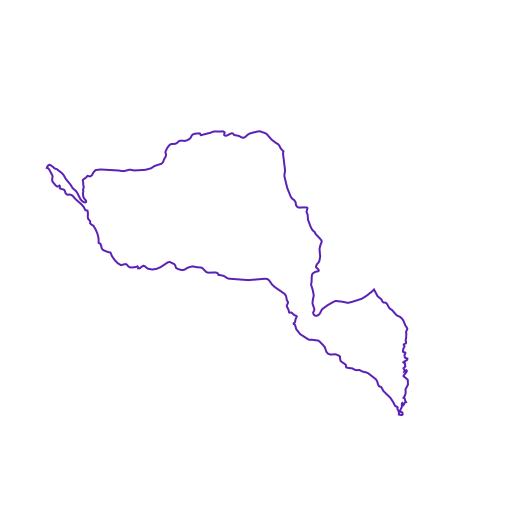 an SVG outline of Barinas, rotated 42°
{"feature_id": "VEN-26", "entity_name": "Barinas", "entity_type": "State", "adm_level": 1, "iso_a3": "VEN", "parent_name": "Venezuela", "parent_adm1": "", "projection": "robinson", "projection_center": [-69.659, 8.155], "detail": "fine", "context": "isolated", "style": "outline", "palette": "violet", "viewbox_px": 512, "rotation_deg": 42, "n_neighbors": 0, "source": "natural_earth", "source_scale": "10m", "svg_char_len": 6089}
<svg xmlns="http://www.w3.org/2000/svg" viewBox="0 0 512 512"><g transform="rotate(42 256 256)"><path d="M419.4,212.8L422.5,216.6L423.4,218.3L425.5,219.9L425.8,220.6L425.2,222.1L425.0,222.9L425.4,223.3L426.6,223.6L427.0,224.0L427.3,225.5L427.8,226.8L428.5,227.9L429.2,228.7L429.9,228.8L431.3,227.9L431.9,228.0L432.2,228.4L432.6,230.3L434.6,231.8L435.4,231.8L436.8,231.0L437.3,231.0L437.8,232.1L437.5,233.4L436.9,234.8L436.6,236.4L437.3,236.4L437.9,235.8L438.2,235.9L438.5,236.2L439.0,236.4L439.0,236.7L439.7,237.4L440.8,238.0L440.9,238.7L440.7,240.7L441.1,241.0L442.7,241.3L443.1,241.7L443.5,242.6L444.1,241.0L444.2,240.3L444.8,240.3L445.3,241.1L445.5,242.1L445.7,246.1L446.1,246.6L451.3,246.4L452.0,246.8L455.0,249.9L456.2,254.7L456.8,255.7L457.9,256.5L459.2,258.2L460.2,260.5L460.5,262.7L461.8,262.4L463.9,263.8L465.3,264.2L464.8,265.3L464.7,266.1L464.9,266.7L465.3,267.4L465.3,268.1L463.1,267.4L463.2,268.2L465.3,270.4L466.4,274.1L467.4,275.3L469.3,274.3L471.0,275.6L470.8,276.7L468.3,278.2L468.1,277.8L465.9,275.9L463.6,275.1L463.2,274.8L462.6,273.8L462.2,273.6L459.8,274.3L457.9,273.7L455.8,272.8L450.8,271.5L441.2,271.1L436.7,269.6L434.5,270.5L432.3,269.6L430.0,268.1L427.6,267.4L417.6,268.1L415.8,268.8L412.2,270.7L409.1,271.5L407.3,273.4L406.1,274.3L402.7,275.1L399.7,277.3L397.6,278.4L396.6,277.8L395.7,276.8L393.6,276.9L391.1,277.3L389.1,277.4L386.3,275.4L385.8,274.5L384.7,274.5L382.6,275.1L380.8,275.9L377.2,279.5L374.9,280.4L372.4,280.1L368.5,277.9L366.3,277.4L360.1,277.0L358.5,277.4L353.4,281.0L352.0,282.4L350.6,283.0L341.3,284.5L335.0,283.5L331.3,281.2L330.8,281.1L329.6,281.3L329.2,281.2L329.1,280.8L329.3,279.4L329.2,278.9L327.9,276.9L327.4,275.7L327.2,274.7L326.7,273.6L325.7,273.6L324.1,274.3L320.4,274.3L319.9,274.5L319.0,275.5L318.4,275.8L316.3,274.3L312.6,272.8L312.0,272.1L311.1,269.4L310.5,268.8L308.5,268.2L305.0,265.6L302.7,265.0L290.9,266.5L287.1,266.5L282.3,265.4L280.0,265.4L277.9,266.9L266.5,279.0L250.9,291.1L249.1,291.8L246.6,292.1L245.3,292.4L241.9,294.3L240.9,295.2L239.5,294.5L238.1,294.7L236.6,295.6L232.3,299.8L230.9,300.8L229.6,301.2L224.7,300.9L223.1,301.2L218.6,304.6L217.3,305.2L215.9,306.1L214.2,308.4L212.8,311.1L212.3,313.3L211.2,315.3L208.9,316.9L206.3,318.0L204.7,318.3L204.0,318.1L202.4,317.1L201.3,316.8L200.3,316.8L195.8,318.2L194.7,319.7L192.6,328.0L190.7,332.1L187.9,335.5L184.3,337.7L182.3,338.0L180.3,338.0L178.8,338.6L178.2,340.4L178.0,342.7L176.8,343.9L176.7,343.6L176.1,343.3L174.8,343.0L174.1,344.6L171.7,347.3L170.1,348.7L168.3,349.2L165.8,348.8L164.5,349.2L161.8,353.1L158.2,353.9L153.7,353.6L149.1,352.5L145.5,350.8L144.0,351.8L139.4,353.6L137.6,353.9L135.7,353.2L133.9,351.9L132.1,351.0L130.4,351.6L127.0,348.1L123.2,345.5L119.1,343.6L114.9,342.3L112.3,342.8L110.8,342.7L109.7,341.3L108.7,341.0L106.4,340.7L104.7,339.4L102.6,336.8L100.4,335.0L98.6,336.1L94.9,334.8L91.4,334.4L83.9,334.5L80.0,334.0L78.3,334.1L76.1,335.2L75.2,336.4L74.6,336.7L73.4,336.9L72.2,336.6L70.3,335.5L69.2,335.2L68.3,335.5L66.1,336.6L64.9,336.9L63.6,335.4L62.8,335.2L62.5,336.5L61.6,337.5L59.6,337.6L55.3,336.9L54.1,336.4L53.1,335.3L51.6,333.0L50.8,332.4L44.8,330.2L42.8,329.9L41.6,330.5L41.0,328.9L41.0,328.2L41.2,327.0L41.4,326.5L42.0,326.2L43.1,325.9L45.6,325.6L47.0,325.7L48.2,325.5L50.0,324.7L56.5,324.3L58.9,324.6L63.1,326.0L70.4,327.1L74.6,328.3L78.7,328.2L79.8,328.4L80.9,328.7L87.1,331.1L89.3,331.5L91.0,331.4L92.0,331.2L93.4,330.3L93.6,329.9L93.6,329.6L93.3,329.1L92.6,328.6L90.0,328.3L88.8,327.9L87.6,327.2L85.3,325.1L84.4,323.4L83.0,322.4L82.0,320.2L79.9,318.6L78.1,316.7L76.9,315.9L76.4,315.3L77.2,311.2L77.2,309.1L79.3,308.1L79.8,307.1L80.0,305.7L79.2,302.3L79.3,299.5L82.5,295.8L96.4,284.6L100.0,282.2L101.3,281.0L103.6,277.4L104.6,276.2L108.5,273.7L116.2,265.9L119.3,261.1L120.4,257.0L122.4,253.4L123.7,251.3L124.1,250.2L124.1,248.7L123.9,247.9L123.0,245.7L122.5,243.2L122.1,242.1L121.2,240.7L120.8,240.4L119.4,239.7L118.8,238.8L117.8,235.3L117.6,234.0L117.5,231.1L117.8,230.2L118.2,229.4L120.7,226.9L121.4,225.7L121.7,224.4L121.8,222.6L122.1,221.8L122.5,221.1L123.6,220.0L126.1,218.1L127.2,216.4L128.1,214.1L128.3,212.8L128.3,211.9L127.7,209.6L127.6,208.2L128.3,206.8L129.0,205.7L131.8,202.8L132.2,202.6L132.6,202.5L133.2,202.9L134.2,203.1L140.0,194.4L140.4,193.3L141.4,191.7L142.5,190.5L144.7,188.8L148.2,185.4L149.9,185.1L150.5,185.9L150.9,186.9L151.3,187.3L152.3,187.3L152.8,187.1L153.7,186.1L155.5,181.5L156.3,180.7L157.2,180.4L158.4,180.7L159.2,180.5L161.7,178.9L163.4,178.1L165.5,177.6L167.2,176.9L167.7,176.3L168.2,175.4L168.8,170.9L169.4,169.2L171.5,165.8L172.5,164.5L173.7,162.6L175.3,160.8L180.5,158.6L182.2,158.2L189.9,159.1L195.3,158.6L197.6,158.1L199.5,158.4L201.2,159.1L203.3,159.7L206.4,159.9L207.4,161.7L220.4,173.0L222.8,176.7L224.1,178.0L233.6,184.5L242.4,188.8L244.8,189.2L247.2,188.9L249.5,189.6L251.7,191.4L253.7,191.9L255.0,191.6L255.9,191.0L258.1,188.7L259.3,187.7L260.2,186.8L260.8,186.3L261.9,185.8L262.5,186.4L263.9,189.3L266.8,190.8L270.4,194.3L277.4,197.9L279.4,198.6L280.9,199.0L284.1,199.0L284.7,199.4L285.8,199.8L292.2,200.3L294.0,200.6L294.8,201.0L295.3,201.5L297.0,205.7L298.1,207.6L298.7,208.5L304.0,213.4L306.3,217.1L306.8,218.7L306.8,221.3L307.6,223.7L308.0,224.1L308.6,224.2L310.8,224.2L311.9,224.5L312.4,224.8L312.5,225.3L312.4,225.8L311.1,227.5L310.6,228.5L310.2,229.6L309.9,230.8L309.9,231.5L310.3,232.6L311.1,233.9L314.9,238.4L315.7,240.0L316.2,240.5L321.2,243.5L325.1,246.5L325.7,247.2L326.7,249.1L328.9,252.5L330.1,253.7L334.7,256.3L335.3,256.9L335.7,257.6L336.3,259.8L337.2,260.5L338.3,260.9L339.5,260.8L340.0,260.7L340.8,260.1L341.5,259.2L342.0,257.2L341.9,255.8L340.8,251.8L340.8,250.9L342.2,244.4L344.4,237.8L345.3,236.1L350.3,232.5L355.7,229.3L358.1,225.8L363.1,217.2L364.4,213.1L365.2,209.4L365.4,207.4L365.9,205.5L366.1,203.4L366.1,201.9L373.1,204.5L374.5,204.5L378.0,204.3L381.0,205.4L381.9,205.2L383.7,203.9L384.6,203.9L385.8,204.1L388.3,205.0L390.6,205.6L392.7,205.2L393.9,205.2L399.4,205.9L400.5,205.9L404.0,204.8L406.6,204.9L408.5,205.3L413.8,207.8L415.8,208.2L416.7,208.6L417.4,209.1L417.9,211.1L418.6,212.4L419.4,212.8Z" fill="none" stroke="#5b21b6" stroke-width="2"/></g></svg>